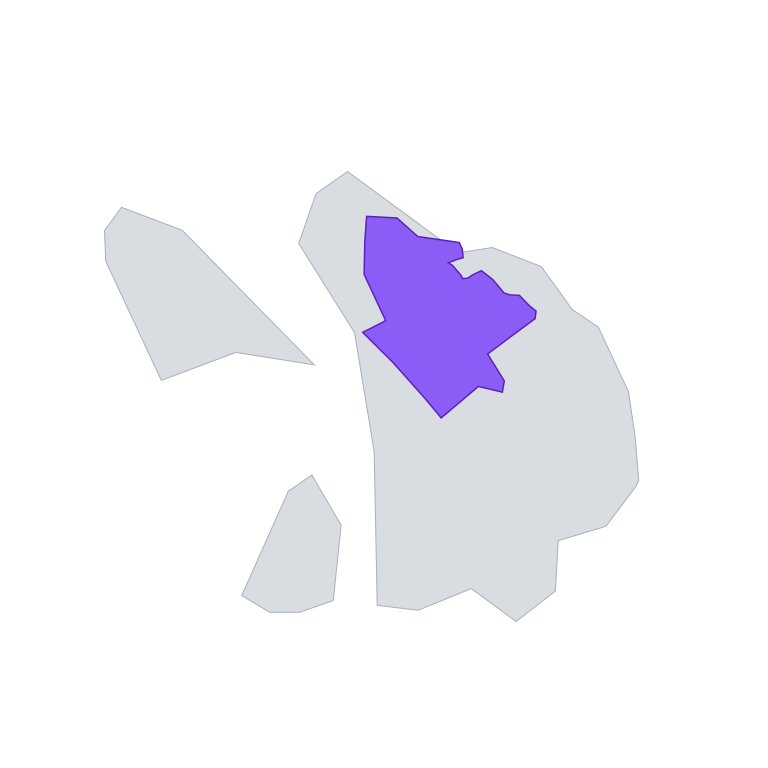 location of Yuen Long within Hong Kong S.A.R., rotated 65°
{"feature_id": "HKG-5167", "entity_name": "Yuen Long", "entity_type": "state/province", "adm_level": 1, "iso_a3": "HKG", "parent_name": "Hong Kong S.A.R.", "parent_adm1": "", "projection": "orthographic", "projection_center": [114.043, 22.453], "detail": "fine", "context": "in_parent", "style": "filled", "palette": "violet", "viewbox_px": 768, "rotation_deg": 65, "n_neighbors": 0, "source": "natural_earth", "source_scale": "10m", "svg_char_len": 1122}
<svg xmlns="http://www.w3.org/2000/svg" viewBox="0 0 768 768"><g transform="rotate(65 384 384)"><path d="M306.0,228.4L309.0,225.4L344.1,191.8L395.8,182.0L423.1,165.7L494.3,165.7L538.0,178.7L579.2,194.0L583.2,198.9L606.7,242.9L599.6,292.3L644.0,316.1L655.1,364.7L606.3,391.3L603.5,448.6L581.8,483.7L440.9,421.4L324.9,389.0L220.6,401.9L182.7,365.1L176.1,327.2L296.5,261.3L306.0,228.4ZM286.6,584.3L155.0,584.3L126.8,572.4L112.9,547.3L159.6,501.8L337.1,439.2L292.7,505.1L286.6,584.3ZM542.6,584.1L515.6,602.3L440.7,516.0L436.0,487.8L493.8,482.5L558.8,521.5L555.2,556.9L542.6,584.1Z" fill="#d9dde1" stroke="#a8b0b8" stroke-width="1"/><path d="M224.7,328.9L239.0,302.1L264.6,291.1L287.6,256.0L294.5,256.0L303.0,258.9L301.9,266.1L301.3,274.5L305.5,271.8L318.3,268.2L321.7,268.2L323.4,263.5L322.5,257.1L322.5,247.8L335.2,241.3L352.3,236.7L356.5,232.1L360.9,223.8L369.3,221.0L374.5,219.2L382.2,215.4L388.6,219.4L394.6,248.9L400.6,277.4L432.1,273.7L441.4,280.2L426.1,299.5L438.9,346.5L414.2,353.0L368.2,366.8L328.2,381.5L327.3,355.7L276.2,355.7L246.4,341.0L224.7,328.9Z" fill="#8b5cf6" stroke="#5b21b6" stroke-width="1.5"/></g></svg>